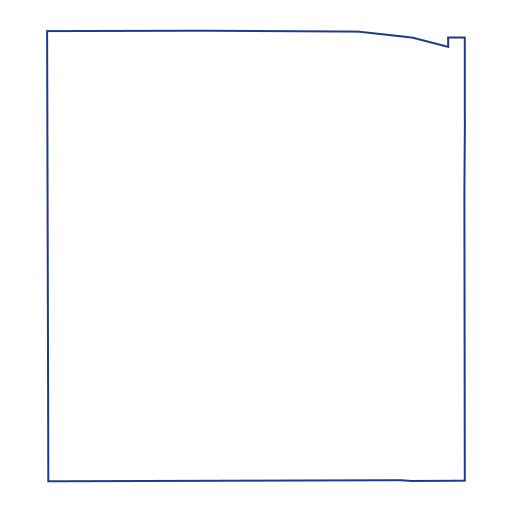 the district of Neshoba, Mississippi, United States of America
{"feature_id": "52423323B8433965475447", "entity_name": "Neshoba", "entity_type": "district", "adm_level": 2, "iso_a3": "USA", "parent_name": "United States of America", "parent_adm1": "Mississippi", "projection": "natural_earth1", "projection_center": [-89.019, 32.754], "detail": "fine", "context": "isolated", "style": "outline", "palette": "blue", "viewbox_px": 512, "rotation_deg": 0, "n_neighbors": 0, "source": "geoboundaries", "source_scale": "gbopen_adm2", "svg_char_len": 320}
<svg xmlns="http://www.w3.org/2000/svg" viewBox="0 0 512 512"><path d="M464.8,480.7L464.4,190.5L464.9,121.7L464.8,111.8L464.8,37.5L458.3,37.5L448.1,37.5L448.2,46.9L412.3,37.6L358.2,31.6L202.6,30.7L47.1,31.1L48.1,389.1L48.3,481.3L400.4,480.2L411.6,481.0L464.8,480.7Z" fill="none" stroke="#1e3a8a" stroke-width="2"/></svg>